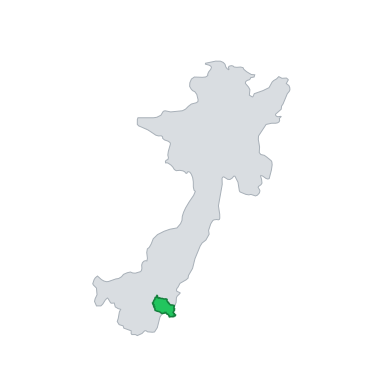 Kaleum, Xékong, Laos (highlighted), rotated 65°
{"feature_id": "54806243B53165803906009", "entity_name": "Kaleum", "entity_type": "district", "adm_level": 2, "iso_a3": "LAO", "parent_name": "Laos", "parent_adm1": "Xékong", "projection": "albers", "projection_center": [107.195, 15.875], "detail": "fine", "context": "in_parent", "style": "filled", "palette": "green", "viewbox_px": 384, "rotation_deg": 65, "n_neighbors": 0, "source": "geoboundaries", "source_scale": "gbopen_adm2", "svg_char_len": 7478}
<svg xmlns="http://www.w3.org/2000/svg" viewBox="0 0 384 384"><g transform="rotate(65 192 192)"><path d="M141.8,61.2L143.3,64.2L150.7,72.3L152.0,74.5L154.7,76.2L156.8,83.4L157.8,83.8L159.1,83.4L160.1,82.4L160.9,79.7L161.4,79.4L162.2,81.7L164.3,82.4L165.2,83.4L165.5,85.1L165.1,86.9L163.3,90.9L162.1,96.3L169.3,108.0L172.4,109.7L179.7,111.7L184.7,114.4L187.1,113.8L189.3,111.0L192.1,109.4L197.1,107.0L198.5,106.9L201.3,107.9L205.7,110.8L212.5,116.4L212.3,117.8L211.0,119.2L207.3,121.3L206.1,122.7L206.8,123.2L209.9,123.6L213.5,124.8L214.5,126.3L215.1,129.5L215.7,130.1L219.1,129.8L220.1,130.3L221.3,131.3L222.5,134.0L222.4,136.1L219.1,139.6L218.6,141.7L216.9,144.2L212.3,148.4L211.0,148.6L202.6,146.2L195.9,146.4L195.3,147.3L196.4,149.9L196.7,152.4L195.6,154.3L191.7,156.8L191.6,157.9L192.3,159.0L197.9,161.4L215.7,173.9L223.9,176.3L227.5,177.9L228.4,178.8L228.4,179.8L227.4,181.2L226.6,183.6L226.6,185.0L227.4,186.4L228.8,188.5L233.8,193.2L237.5,194.3L241.4,199.7L242.5,204.4L244.4,207.4L253.7,217.5L261.5,223.8L266.2,230.5L268.4,232.0L269.1,234.4L269.7,241.5L272.4,245.0L273.0,246.4L274.2,247.5L275.5,247.7L278.3,245.4L278.8,245.7L280.1,249.4L281.2,250.8L285.4,253.1L289.8,257.6L292.2,259.2L295.2,260.5L295.6,261.9L295.1,263.3L294.1,264.3L289.0,266.9L288.3,268.0L291.7,273.8L300.3,280.8L303.0,285.1L302.4,287.1L300.0,291.3L298.2,292.4L297.8,293.7L299.1,297.1L299.0,302.3L297.3,303.5L295.8,306.7L294.7,307.0L292.1,305.8L286.6,311.3L284.2,311.0L281.4,314.1L277.8,314.5L275.3,312.2L270.0,308.5L268.2,306.2L266.5,308.2L263.7,310.1L259.8,309.4L258.7,312.1L258.0,312.6L253.2,313.1L252.3,313.5L253.1,316.0L255.9,320.3L256.7,322.7L254.9,326.7L250.0,326.6L247.8,324.9L245.0,321.5L238.7,319.2L234.5,320.7L233.2,320.7L230.1,317.8L228.9,315.9L228.2,313.2L233.1,311.1L235.5,309.4L237.1,307.5L237.8,305.7L238.6,297.8L239.4,295.0L239.0,291.6L237.7,288.9L237.8,284.9L238.5,281.6L240.3,280.0L241.6,277.7L242.4,272.4L241.8,271.0L240.1,269.7L237.0,268.5L235.2,266.9L234.4,265.0L234.5,263.4L235.4,262.0L233.2,260.4L227.7,258.6L224.7,256.5L224.1,254.1L221.8,250.9L218.0,246.9L216.0,241.2L215.8,233.8L216.4,227.8L218.2,220.8L215.9,215.8L213.5,213.1L210.0,211.1L206.8,208.2L203.7,204.5L200.0,199.1L195.7,191.9L192.8,188.7L191.3,189.4L188.1,188.7L183.3,186.5L179.2,185.3L175.6,185.1L173.2,185.5L172.1,186.6L172.0,187.7L172.9,188.8L172.4,189.6L170.5,190.1L169.0,191.3L167.2,193.9L166.0,197.3L164.2,198.5L161.4,198.8L158.7,199.7L156.0,201.3L154.7,202.5L154.8,203.4L154.2,203.6L152.9,203.1L152.3,201.9L152.4,200.2L151.1,198.9L148.3,198.3L145.2,196.3L139.3,191.2L137.9,191.0L135.8,192.2L133.2,194.9L131.0,195.9L129.4,195.3L128.0,196.2L127.0,198.7L125.3,200.7L117.0,205.8L109.5,212.4L107.6,213.0L103.2,210.9L101.9,209.6L108.4,195.7L109.4,192.3L109.3,187.8L106.8,184.0L106.8,182.9L107.2,181.8L110.4,177.5L114.3,166.4L114.2,162.9L112.8,159.0L112.0,155.4L112.9,150.5L112.6,148.5L111.0,147.5L105.5,146.4L102.2,147.1L100.7,148.4L98.8,149.2L95.3,149.5L92.1,147.8L89.4,144.8L88.8,141.3L92.5,134.0L93.5,131.1L93.4,129.7L92.9,128.3L92.0,128.1L90.3,126.3L88.7,123.1L87.1,121.6L85.6,121.9L84.2,123.0L81.8,125.8L81.0,125.4L83.4,115.2L85.5,110.9L87.8,108.9L90.2,108.1L92.7,108.5L94.8,108.2L96.6,107.2L96.4,106.6L94.4,106.4L93.7,105.2L94.1,103.0L95.1,101.6L96.5,101.0L97.9,98.8L99.3,95.1L100.9,93.2L102.7,93.2L106.0,91.7L110.5,88.7L112.3,85.6L114.0,87.1L113.2,90.6L114.1,91.4L114.5,92.7L114.2,94.7L114.5,96.4L115.2,97.2L116.1,97.7L120.9,96.4L123.8,96.3L128.5,99.1L131.3,97.2L131.4,96.5L129.2,94.0L130.1,84.9L130.0,78.1L126.2,72.9L125.5,70.8L125.2,67.5L124.1,64.6L127.0,62.4L128.6,58.3L130.6,57.3L131.2,57.5L133.5,60.7L136.5,59.2L138.8,59.3L140.8,60.1L141.8,61.2Z" fill="#d9dde1" stroke="#a8b0b8" stroke-width="1"/><path d="M290.1,269.9L289.8,270.0L289.8,269.9L289.7,270.0L289.7,269.8L289.6,269.7L289.6,269.4L289.8,269.3L289.9,269.1L289.9,268.9L290.1,268.6L290.1,268.3L290.1,268.1L290.1,267.9L290.0,267.7L289.9,267.6L289.8,267.4L289.7,267.3L289.8,267.2L290.1,267.0L290.2,266.9L290.3,266.9L290.3,266.7L290.5,266.8L290.8,266.8L291.0,266.6L291.4,266.5L291.5,266.4L291.4,266.3L291.6,266.2L291.6,266.3L291.8,266.3L292.0,266.2L292.3,265.9L292.4,266.0L292.6,265.9L292.7,265.7L292.8,265.6L292.8,265.4L292.8,265.5L292.9,265.4L293.0,265.4L293.3,265.3L293.5,265.3L293.8,265.2L294.0,265.2L294.3,265.1L294.2,265.1L294.3,265.1L294.5,265.0L294.7,265.3L294.8,265.3L295.0,265.3L294.9,265.2L295.0,265.2L295.3,265.2L295.5,264.9L295.6,264.7L295.8,264.6L295.8,264.4L295.9,264.2L296.0,264.1L296.2,263.9L296.2,263.7L296.3,263.2L296.5,262.9L296.5,262.7L296.7,262.4L296.6,262.2L296.8,262.1L296.9,261.9L297.0,261.9L297.0,261.7L297.2,261.4L297.3,261.1L297.2,260.9L297.1,261.0L297.1,260.9L297.0,260.7L296.9,260.7L296.7,260.7L296.7,260.2L296.8,260.0L296.8,259.9L296.9,259.7L297.1,259.6L297.1,259.4L296.9,259.2L296.7,259.0L296.5,259.3L296.4,259.2L296.2,259.4L295.9,259.4L295.7,259.2L295.4,259.4L295.4,259.5L295.3,259.8L295.1,259.8L294.8,259.7L294.6,259.5L294.4,259.9L294.2,259.9L293.9,259.9L293.7,259.9L293.6,260.0L293.3,260.1L293.2,260.0L293.2,259.8L293.1,259.7L292.9,259.6L292.7,259.5L292.7,259.4L292.4,259.0L292.4,258.9L292.1,258.7L292.0,258.4L291.9,258.3L291.8,258.1L291.7,258.2L291.4,258.1L291.3,257.9L291.2,257.9L291.3,257.8L291.2,257.6L290.9,257.6L290.7,257.4L290.6,257.2L290.6,257.3L290.5,257.2L290.4,257.3L290.1,257.4L290.0,257.5L289.9,257.4L289.7,257.4L289.3,257.3L289.2,257.3L289.1,257.2L288.9,257.2L288.6,256.9L288.5,256.7L288.4,256.6L288.2,256.6L288.0,256.4L287.8,256.4L287.7,256.2L287.3,256.1L287.0,256.4L286.9,256.5L286.8,256.9L286.9,257.0L286.5,257.2L286.2,257.5L285.8,257.9L285.8,258.0L285.7,258.4L285.8,258.6L285.8,258.8L285.6,258.9L285.4,259.0L285.1,259.3L284.9,259.4L284.3,259.6L284.1,259.8L283.6,259.8L283.3,260.1L283.1,260.1L282.9,260.2L282.7,260.1L282.4,260.1L282.3,259.9L282.2,259.9L281.9,260.1L281.9,260.3L281.9,260.5L281.7,260.6L281.4,260.5L281.1,260.5L280.5,260.7L280.0,260.6L279.8,260.6L279.7,260.5L279.3,260.5L279.3,260.4L279.1,260.1L278.8,260.0L278.6,260.1L278.4,260.2L277.8,260.9L277.8,261.1L277.7,261.2L277.6,261.4L277.5,261.6L277.4,262.0L277.3,262.3L277.2,262.4L277.2,262.5L277.0,262.8L276.9,262.9L276.7,263.1L276.1,263.6L275.9,263.9L275.8,264.3L275.5,264.7L275.5,264.8L275.2,265.2L275.1,265.4L274.9,265.5L274.7,265.6L274.5,265.9L274.4,266.0L274.5,266.0L274.4,266.2L274.4,266.3L274.4,266.5L274.4,266.8L274.3,267.0L273.9,267.3L273.7,267.5L273.3,267.7L272.9,267.8L272.7,268.0L272.4,267.9L272.3,267.7L272.0,267.5L271.9,267.4L271.8,267.2L271.4,267.2L271.3,267.3L271.0,267.4L271.2,267.7L271.3,268.1L272.2,268.6L272.3,268.7L272.5,268.8L272.5,269.0L272.2,269.2L272.1,269.4L272.0,269.9L272.1,270.0L272.3,270.1L272.5,270.4L272.9,270.7L273.2,270.8L273.6,270.8L273.8,270.9L273.7,270.9L273.7,271.0L273.8,271.2L273.8,271.3L273.6,271.4L273.6,271.5L273.9,271.9L274.0,272.1L274.3,272.4L274.4,272.6L274.5,272.8L275.1,273.2L275.4,273.3L275.4,273.5L275.4,273.8L275.7,274.0L275.8,274.3L275.9,274.2L276.0,274.2L276.0,274.3L276.2,274.2L276.3,274.3L276.5,274.4L276.7,274.9L277.0,274.9L277.1,274.6L277.4,274.6L277.7,274.4L277.7,274.2L278.1,274.1L278.3,274.2L278.4,274.4L278.5,274.6L278.7,274.4L278.8,274.5L279.0,274.7L278.9,274.8L279.0,274.9L279.1,275.0L279.5,275.0L279.9,275.0L280.1,275.1L280.3,275.1L280.5,275.0L280.5,274.9L280.6,275.0L280.8,275.1L281.1,274.9L281.3,275.0L281.5,274.9L281.9,274.8L282.0,274.8L282.3,275.0L282.7,275.1L282.9,275.3L283.0,275.4L283.4,275.4L283.5,275.4L283.8,275.4L283.9,275.2L285.3,274.0L286.6,272.3L287.1,271.8L288.1,271.4L288.9,270.9L290.1,269.9Z" fill="#22c55e" stroke="#15803d" stroke-width="1.5"/></g></svg>